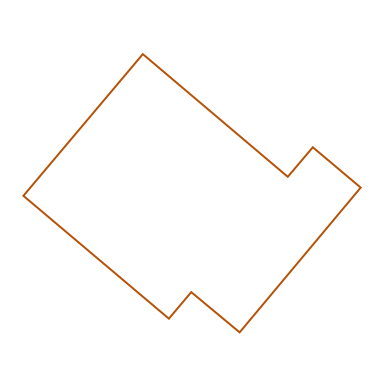 outline of Ida, Iowa, United States of America, rotated 130°
{"feature_id": "52423323B51370966156719", "entity_name": "Ida", "entity_type": "district", "adm_level": 2, "iso_a3": "USA", "parent_name": "United States of America", "parent_adm1": "Iowa", "projection": "mercator", "projection_center": [-95.508, 42.386], "detail": "fine", "context": "isolated", "style": "outline", "palette": "amber", "viewbox_px": 384, "rotation_deg": 130, "n_neighbors": 0, "source": "geoboundaries", "source_scale": "gbopen_adm2", "svg_char_len": 270}
<svg xmlns="http://www.w3.org/2000/svg" viewBox="0 0 384 384"><g transform="rotate(130 192 192)"><path d="M303.3,318.7L303.9,128.3L269.2,128.2L268.9,65.3L80.2,65.6L80.1,128.2L118.8,128.4L118.0,318.3L303.3,318.7Z" fill="none" stroke="#b45309" stroke-width="2"/></g></svg>